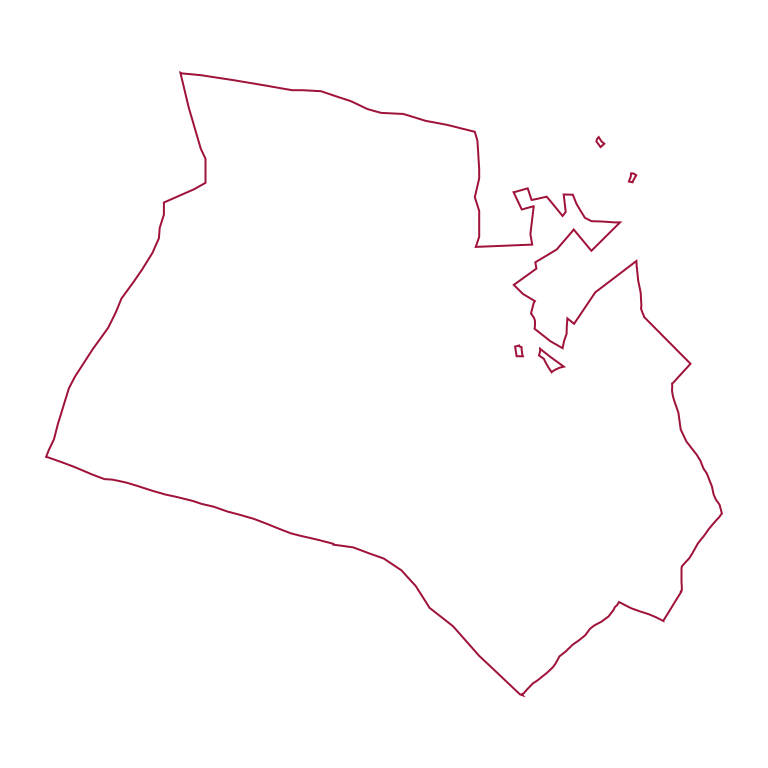 Pegunungan Arfak, Papua Barat, Indonesia
{"feature_id": "22746128B30560862468368", "entity_name": "Pegunungan Arfak", "entity_type": "district", "adm_level": 2, "iso_a3": "IDN", "parent_name": "Indonesia", "parent_adm1": "Papua Barat", "projection": "robinson", "projection_center": [133.846, -1.202], "detail": "fine", "context": "isolated", "style": "outline", "palette": "rose", "viewbox_px": 768, "rotation_deg": 0, "n_neighbors": 0, "source": "geoboundaries", "source_scale": "gbopen_adm2", "svg_char_len": 5015}
<svg xmlns="http://www.w3.org/2000/svg" viewBox="0 0 768 768"><path d="M180.4,72.7L188.7,107.4L200.8,148.8L205.5,158.7L205.5,169.4L205.5,181.7L205.5,182.8L200.0,185.9L194.2,189.2L188.5,191.7L163.9,202.5L163.9,214.7L159.7,227.9L158.9,238.3L155.2,246.6L152.9,251.9L152.2,253.3L142.2,269.4L133.1,282.6L121.4,298.6L120.0,302.1L115.6,312.8L108.1,327.9L99.0,340.5L93.1,348.6L74.8,376.9L68.9,388.3L63.1,407.1L60.6,415.3L58.1,423.2L54.0,439.2L49.0,449.6L46.1,456.9L46.5,457.0L49.0,457.7L62.0,462.3L75.0,467.2L91.9,474.4L104.4,479.1L107.6,479.3L112.2,479.6L119.6,481.1L123.1,481.9L126.7,482.7L138.6,486.3L140.6,487.0L150.6,490.2L153.4,491.1L163.3,493.9L164.4,494.3L176.4,496.9L193.4,501.1L196.2,502.1L201.6,503.9L213.7,506.7L224.5,510.5L227.3,511.5L240.6,515.0L244.9,516.3L254.0,518.9L262.3,522.1L266.8,523.8L273.9,526.7L282.4,530.1L289.8,532.9L291.5,533.5L299.7,535.6L301.8,536.1L317.1,539.6L333.4,543.8L333.4,544.0L333.3,544.3L333.3,544.7L339.0,545.4L353.3,547.4L369.5,553.5L383.9,558.6L388.2,561.5L401.4,570.3L408.0,577.6L415.7,586.0L423.8,598.7L429.6,607.9L437.7,614.2L453.0,626.2L458.5,632.4L468.9,644.2L479.0,655.7L481.7,658.2L483.9,660.3L488.0,664.1L519.9,694.3L520.9,694.7L522.6,695.3L522.1,694.7L521.8,694.3L523.7,693.3L527.1,689.4L532.9,683.4L537.2,680.6L542.7,676.2L546.4,673.3L547.3,672.5L553.0,667.1L555.1,664.2L556.9,661.1L559.4,656.4L565.9,651.3L567.4,649.8L570.4,646.9L572.5,644.8L576.8,641.8L578.2,640.9L585.3,635.2L589.9,628.9L594.0,625.6L595.6,624.8L597.0,624.0L601.4,621.7L608.5,616.5L611.7,612.3L613.3,610.3L614.9,607.1L617.2,605.1L619.0,602.0L623.8,604.5L624.8,605.0L630.3,607.8L631.6,608.4L637.8,610.6L639.6,611.3L644.1,612.7L649.3,614.4L656.1,617.3L663.4,621.0L663.4,620.6L669.0,611.6L670.6,609.0L674.8,602.1L681.3,591.7L681.1,591.5L680.9,591.3L681.8,590.1L681.8,588.5L681.8,586.5L681.5,582.3L681.5,577.1L681.5,572.6L681.5,568.0L681.8,567.0L682.1,566.1L685.8,561.9L689.0,558.6L692.1,553.8L693.5,551.2L695.0,548.6L697.9,543.4L704.7,534.9L708.7,529.1L710.4,527.1L712.8,524.2L716.5,520.0L719.3,517.1L720.8,514.8L721.1,514.5L721.4,514.2L721.9,513.7L721.0,510.1L719.6,504.8L717.3,501.5L715.9,499.6L713.6,494.4L712.6,489.7L712.5,489.0L711.9,486.3L710.2,482.1L709.2,479.6L708.8,478.6L708.3,477.2L706.7,473.3L704.5,470.0L704.2,469.7L703.6,468.8L700.2,460.3L699.3,459.0L697.0,455.1L691.3,447.8L686.4,441.5L683.5,435.4L680.7,429.5L678.4,412.7L677.8,411.0L674.1,400.3L673.3,397.5L672.7,395.1L672.0,390.7L672.2,387.5L672.2,385.7L672.1,383.8L672.1,383.7L672.3,383.7L677.2,378.3L690.5,363.8L687.5,360.7L684.9,358.1L678.7,351.9L674.8,348.0L674.8,347.9L662.0,335.1L659.8,332.8L655.8,328.8L644.0,316.9L643.9,316.1L643.8,315.8L643.7,315.6L642.5,312.7L641.8,310.9L641.4,309.6L641.0,308.6L641.4,305.4L641.0,298.9L640.7,292.8L638.2,280.6L636.9,268.0L636.7,266.7L636.4,261.0L612.0,279.6L611.9,279.7L595.4,292.2L595.3,292.3L574.1,323.8L567.4,318.4L566.8,326.0L566.6,333.8L564.0,341.2L562.6,348.2L555.8,344.3L550.5,341.3L546.2,337.9L534.6,328.8L534.7,327.7L534.9,326.5L535.0,323.5L534.9,320.5L534.0,317.9L532.7,316.0L532.4,315.5L531.4,313.9L531.0,313.6L532.5,307.6L533.8,302.7L534.9,301.1L529.2,297.7L524.4,294.8L523.0,294.0L513.8,284.9L522.4,278.7L530.6,272.8L536.4,268.6L535.7,264.4L535.3,262.3L556.7,249.5L558.8,247.0L571.3,232.5L573.7,229.5L591.4,250.8L620.0,222.4L614.8,222.4L603.3,221.6L599.0,221.4L591.5,221.2L585.0,217.9L584.1,216.5L581.1,211.6L580.7,211.0L576.4,203.7L575.5,201.4L574.1,197.9L572.8,194.7L563.7,194.5L565.7,211.9L562.6,216.0L552.8,204.0L550.5,201.2L549.3,199.8L547.8,198.0L546.7,196.7L537.0,198.9L534.1,199.5L531.6,200.0L527.7,188.3L514.9,192.0L513.6,192.2L518.5,202.6L520.9,207.7L521.8,209.5L533.6,206.2L533.7,206.4L531.9,221.5L530.4,234.2L532.2,244.6L475.8,246.9L479.2,236.7L479.2,223.9L479.2,223.0L479.2,211.0L474.8,197.1L475.1,195.9L477.4,186.2L479.2,178.3L479.2,175.9L479.2,175.6L479.2,169.4L478.3,155.0L478.3,154.5L477.5,142.2L477.4,140.7L476.0,135.8L474.9,132.2L474.8,131.8L466.5,129.7L460.3,128.2L457.0,127.3L446.8,124.8L445.1,124.5L439.4,123.4L429.8,121.6L425.8,120.9L411.0,116.3L403.1,113.9L397.7,113.7L391.8,113.4L381.3,112.9L375.3,111.3L367.3,109.0L363.5,107.2L359.0,105.0L350.7,101.1L338.4,97.1L338.2,97.0L335.1,96.0L321.0,91.2L320.9,91.2L304.5,90.3L301.7,90.2L294.7,90.2L292.1,90.2L271.4,86.6L269.4,86.2L237.2,80.8L234.5,80.3L234.4,80.3L219.2,78.0L205.5,75.9L202.0,75.3L192.7,74.4L181.9,73.4L180.4,72.7ZM552.7,371.3L551.7,372.3L548.3,367.2L547.8,366.3L545.1,361.5L543.8,358.7L539.0,355.5L540.1,351.3L540.1,348.7L541.7,350.1L546.8,354.1L551.4,357.7L552.3,358.3L562.8,365.9L563.8,366.7L559.9,367.6L556.3,369.2L553.1,371.0L552.7,371.3ZM522.3,354.5L522.9,356.3L516.6,356.2L515.1,346.6L519.2,345.5L519.4,346.4L521.6,347.2L521.6,349.3L522.3,354.5ZM628.9,181.5L632.6,182.3L633.1,180.8L634.3,178.6L636.2,175.2L634.9,174.3L633.2,173.5L632.0,173.3L631.0,173.4L630.8,176.5L630.0,178.6L628.9,181.5ZM598.9,144.8L600.6,147.1L604.3,143.7L602.2,142.0L601.7,141.6L601.5,141.4L598.7,137.1L597.0,139.1L596.4,141.6L597.1,142.4L598.8,144.6L598.9,144.8Z" fill="none" stroke="#9f1239" stroke-width="2"/></svg>